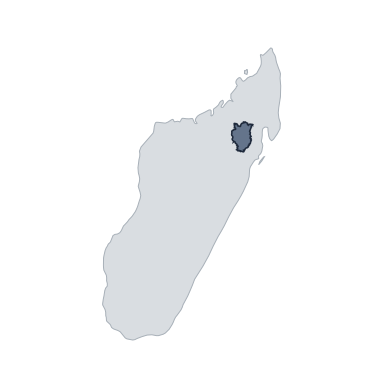 Mandritsara, Sofia, Madagascar shown in context, rotated 12°
{"feature_id": "10022922B13687974105922", "entity_name": "Mandritsara", "entity_type": "district", "adm_level": 2, "iso_a3": "MDG", "parent_name": "Madagascar", "parent_adm1": "Sofia", "projection": "robinson", "projection_center": [48.852, -16.049], "detail": "fine", "context": "in_parent", "style": "filled", "palette": "slate", "viewbox_px": 384, "rotation_deg": 12, "n_neighbors": 0, "source": "geoboundaries", "source_scale": "gbopen_adm2", "svg_char_len": 7893}
<svg xmlns="http://www.w3.org/2000/svg" viewBox="0 0 384 384"><g transform="rotate(12 192 192)"><path d="M245.8,43.0L246.7,45.4L247.8,47.8L251.2,53.4L252.7,55.6L253.9,57.9L254.5,62.5L256.7,69.7L258.7,80.5L259.3,91.5L259.9,96.6L261.5,101.4L264.1,106.3L264.9,111.8L263.3,117.5L261.0,122.9L260.4,123.9L259.3,125.2L258.9,125.2L257.0,123.8L255.5,121.5L253.6,116.2L252.9,113.5L252.1,113.1L249.9,113.3L248.3,115.0L248.0,116.1L248.3,119.1L248.9,121.8L249.2,124.5L249.2,127.9L249.8,129.0L250.7,129.9L251.6,132.1L251.8,137.5L251.2,140.2L249.7,142.5L249.7,143.8L250.3,145.2L249.8,145.9L247.7,147.0L246.8,147.9L245.7,150.2L243.9,155.1L243.6,157.5L244.7,165.1L244.4,170.4L242.1,180.6L240.7,185.5L238.8,191.2L235.9,198.9L233.1,208.4L230.6,218.3L228.8,224.2L226.8,230.1L224.0,240.4L221.6,250.8L218.1,262.3L213.3,275.2L212.7,276.9L211.7,283.4L210.6,289.1L209.4,294.8L206.7,304.1L206.4,306.9L205.7,309.7L203.1,315.5L202.0,317.7L201.3,320.0L200.8,323.0L200.1,325.8L198.2,331.0L195.3,335.4L193.4,337.1L189.2,339.4L187.1,339.9L182.4,340.0L177.8,341.3L173.1,343.9L168.5,346.9L166.8,348.3L164.8,349.1L158.8,349.2L157.0,348.6L150.9,343.7L148.5,342.9L144.1,342.3L142.7,341.8L141.5,341.2L139.7,338.7L136.1,336.5L135.2,335.8L134.7,334.3L134.3,332.7L133.4,331.0L132.6,327.6L131.5,325.2L128.1,321.0L127.8,319.6L127.5,315.2L127.5,312.1L127.2,306.6L127.5,304.0L128.7,301.7L128.2,299.1L126.9,296.5L126.4,293.7L125.5,291.2L122.0,286.7L121.2,284.4L120.6,282.1L119.2,274.9L119.1,272.4L119.2,267.2L119.7,264.4L120.5,262.5L120.7,261.1L121.2,259.9L122.0,258.9L122.6,257.8L123.8,251.0L125.4,249.5L127.8,248.6L129.8,246.9L130.9,244.5L132.0,239.6L135.0,234.7L136.1,232.1L138.5,228.2L140.7,222.8L141.3,220.2L141.8,217.6L142.3,211.8L142.7,208.9L142.6,206.1L141.3,203.1L138.3,197.8L138.2,196.8L138.4,192.9L138.1,190.0L137.0,187.2L135.6,184.5L134.1,179.5L133.4,171.2L133.5,168.2L133.1,165.6L132.1,163.0L132.8,158.6L141.7,142.5L141.9,140.6L141.5,135.7L141.7,132.9L142.0,131.8L142.7,131.2L144.2,130.9L151.5,130.2L152.4,129.7L154.2,128.4L156.7,125.8L157.9,125.0L158.8,125.3L159.5,126.4L160.3,127.0L163.2,125.8L164.4,125.8L165.5,126.0L166.0,124.9L166.4,123.4L166.8,122.4L167.6,121.8L171.3,121.5L173.7,121.1L176.9,120.1L177.5,120.3L180.1,123.9L180.8,124.2L181.8,124.4L182.7,123.7L180.6,121.8L180.3,120.7L180.4,119.5L181.5,116.8L183.3,114.8L187.4,111.7L191.6,108.2L192.8,107.9L193.8,108.5L194.7,112.7L194.6,113.4L195.2,113.5L196.0,113.0L196.7,111.3L196.7,109.9L196.2,108.5L195.9,107.4L195.9,106.3L198.0,103.9L199.7,101.5L200.5,98.7L201.1,97.4L202.9,95.9L203.4,96.2L203.9,97.3L204.1,98.6L203.6,99.9L203.0,101.1L202.7,102.7L203.7,103.1L204.7,102.7L206.0,99.7L207.6,96.9L208.6,95.4L209.7,94.4L211.7,94.6L213.6,95.2L210.5,92.2L209.7,88.2L213.4,81.1L213.5,79.6L214.0,79.2L214.2,78.6L212.3,76.2L212.0,75.0L212.2,73.3L213.1,71.7L214.0,70.6L215.1,70.1L216.1,70.7L218.2,72.7L219.5,73.0L221.2,71.1L222.6,68.8L224.7,67.1L227.0,66.2L230.6,62.5L232.9,54.7L233.1,52.5L232.6,49.7L231.8,47.1L230.4,43.9L230.7,43.2L232.7,43.6L233.4,43.1L235.5,40.3L239.0,34.8L240.1,34.8L241.1,35.8L241.5,37.3L242.2,38.4L244.6,41.0L245.8,43.0ZM221.3,64.7L221.3,65.6L218.7,65.2L218.2,62.3L219.5,62.2L219.8,61.0L220.6,60.8L221.5,63.4L221.3,64.7ZM253.8,147.2L251.5,151.5L252.1,147.9L254.8,142.8L255.5,142.4L253.8,147.2Z" fill="#d9dde1" stroke="#a8b0b8" stroke-width="1"/><path d="M235.3,113.4L235.0,113.5L234.9,113.6L234.6,113.8L234.6,113.7L234.2,113.7L234.1,113.9L233.9,114.2L233.7,114.2L233.6,114.4L233.4,114.5L233.2,114.9L232.8,114.4L232.6,114.6L232.3,114.6L232.2,114.4L232.4,114.0L232.3,113.9L232.2,113.8L232.2,113.6L232.1,113.2L231.7,113.1L231.1,113.0L230.6,113.0L230.1,112.7L229.9,112.7L229.8,112.4L229.7,112.4L229.6,112.5L229.3,112.6L229.0,113.1L228.8,113.3L228.6,113.2L228.4,113.2L228.3,112.8L228.3,112.7L227.7,112.8L227.6,113.1L227.7,113.5L227.7,113.9L227.1,114.2L226.6,114.7L226.3,114.7L226.3,115.0L225.9,115.4L225.9,115.7L225.8,116.0L225.7,116.5L225.8,116.8L225.8,117.2L225.7,117.2L225.6,117.3L225.5,117.9L225.4,118.0L225.1,117.8L224.7,117.7L223.9,117.9L223.7,117.9L223.4,118.0L223.2,117.9L223.2,117.4L223.1,117.2L222.5,117.1L222.5,116.7L222.2,116.2L221.7,116.3L221.2,116.0L220.8,115.9L220.7,115.9L220.7,116.1L220.8,116.3L220.4,116.7L220.1,116.6L220.1,116.3L220.0,116.2L219.8,116.2L219.5,116.2L219.1,116.1L219.0,116.3L219.2,116.6L219.2,117.0L219.3,117.5L219.5,117.5L219.7,118.2L219.8,118.2L219.9,118.3L219.9,118.6L220.1,118.7L220.0,119.0L220.0,120.2L220.4,120.1L220.6,120.2L221.0,120.3L221.1,120.6L221.4,120.8L221.5,121.0L221.6,121.6L221.4,121.8L221.2,121.9L220.9,121.9L220.7,122.0L220.3,122.0L220.1,122.4L219.8,122.5L219.7,122.6L219.7,122.8L219.5,123.1L219.2,123.0L218.8,123.5L218.3,124.1L218.3,124.4L218.4,124.6L218.4,124.8L218.5,125.0L218.5,125.3L218.6,125.6L218.7,125.8L218.8,126.2L218.7,126.8L218.8,127.6L218.9,127.8L219.1,128.3L219.3,128.4L219.5,128.7L219.9,128.8L220.3,129.2L220.4,129.7L220.6,129.9L220.5,130.4L220.6,130.9L220.5,131.5L220.4,131.6L220.2,131.7L220.2,131.9L220.5,132.4L220.7,132.6L220.8,132.8L221.1,133.0L221.4,133.2L221.6,133.3L221.8,133.4L222.0,133.4L222.1,133.8L222.1,134.4L222.3,134.1L222.8,134.2L223.2,134.0L223.3,133.9L223.6,134.0L223.9,134.4L224.0,134.7L224.3,135.0L224.3,135.3L224.5,135.5L225.1,135.5L225.4,135.8L225.6,135.9L225.7,136.0L225.9,136.0L226.0,136.3L226.2,136.5L226.4,136.6L226.3,136.8L226.3,137.0L226.6,137.0L226.7,137.3L226.8,137.4L226.8,137.5L227.0,137.5L226.9,137.7L226.7,137.7L226.9,137.9L226.9,138.0L227.4,138.0L227.2,138.4L227.2,138.6L226.9,139.0L227.2,139.3L227.4,139.3L227.4,139.5L227.5,139.6L227.7,140.0L227.6,140.3L227.4,140.4L227.3,140.5L227.4,140.8L227.2,140.7L227.2,140.9L227.2,141.0L227.0,141.3L226.9,141.3L226.7,141.5L226.9,141.7L226.9,142.1L227.0,141.7L227.5,141.5L227.8,141.5L228.0,141.8L228.1,142.1L228.4,142.2L228.5,142.1L228.8,142.1L228.9,141.8L229.0,141.6L229.3,141.7L229.4,141.8L229.5,141.8L229.5,141.6L230.0,141.6L229.9,141.7L230.0,141.8L230.1,142.0L230.3,142.0L230.5,142.1L230.5,141.9L230.7,142.0L230.8,142.0L231.2,142.2L231.3,142.1L231.6,142.0L231.8,141.9L232.0,142.0L232.4,142.0L232.6,142.0L233.4,142.1L233.6,141.9L233.7,142.0L233.8,142.0L233.9,141.8L234.1,141.6L234.4,141.8L234.5,141.7L234.5,141.8L234.5,141.5L234.3,141.5L234.1,141.3L234.1,141.2L233.8,140.9L233.9,140.6L234.0,140.4L233.9,140.3L234.2,140.2L234.3,140.1L234.4,139.8L234.6,139.7L234.9,139.6L235.0,139.6L235.1,138.4L235.5,138.0L235.8,137.8L235.9,137.6L236.1,137.5L236.3,137.3L236.7,137.3L236.8,137.2L237.1,137.0L237.2,136.4L237.4,136.3L237.4,136.2L237.7,136.0L237.8,136.0L237.8,135.8L237.8,135.7L237.5,135.5L237.6,135.2L237.5,134.9L237.8,134.4L237.7,134.2L237.9,134.1L238.1,134.0L238.2,133.9L238.4,133.8L238.5,133.9L238.6,133.7L238.5,133.1L238.4,133.0L238.3,132.9L238.5,132.8L238.5,132.7L238.8,132.5L239.0,132.2L238.9,131.9L238.9,131.4L238.9,131.2L238.9,130.8L239.0,130.8L239.0,130.6L239.1,130.3L239.0,130.1L239.0,129.9L239.0,129.7L239.2,129.4L238.9,129.2L238.7,129.1L238.5,128.9L238.6,128.6L238.9,128.2L238.7,128.1L238.5,127.9L238.4,127.9L238.8,127.8L238.8,127.7L238.7,127.5L238.6,127.4L238.2,127.4L238.1,127.5L237.8,127.4L237.7,127.4L237.6,127.0L237.6,126.5L237.5,126.4L237.6,125.6L237.8,125.5L238.2,125.4L237.6,124.6L237.4,124.4L237.3,124.2L237.0,123.9L236.9,123.6L236.7,123.5L236.8,123.4L236.8,123.2L236.7,123.1L236.9,122.8L236.7,122.5L236.7,122.4L236.7,122.1L236.5,121.8L236.7,121.6L236.6,121.4L236.4,121.2L236.2,121.1L235.9,120.9L235.7,120.7L235.8,120.0L235.8,119.8L236.0,119.6L235.9,119.5L236.0,119.3L236.0,119.2L236.0,118.9L236.0,118.7L236.2,118.2L236.3,118.0L236.2,117.8L236.3,117.6L236.3,117.3L236.3,117.2L236.3,116.9L236.3,116.7L236.6,116.2L236.4,116.0L236.4,115.8L236.3,115.7L236.2,115.1L236.4,114.9L236.6,114.8L236.6,114.7L236.8,114.4L237.0,114.4L236.9,114.3L237.0,114.2L237.4,113.9L237.3,113.7L237.4,113.4L237.1,113.4L237.1,113.7L237.0,113.8L236.9,113.7L236.8,113.4L236.6,113.3L236.4,113.4L236.3,113.5L236.2,113.6L235.8,113.6L235.6,113.6L235.4,113.4L235.3,113.4Z" fill="#64748b" stroke="#1e293b" stroke-width="1.5"/></g></svg>